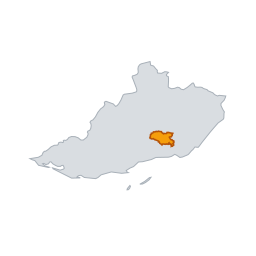 Yoro, Yoro, Honduras shown in context, rotated 168°
{"feature_id": "27666195B27527118551469", "entity_name": "Yoro", "entity_type": "district", "adm_level": 2, "iso_a3": "HND", "parent_name": "Honduras", "parent_adm1": "Yoro", "projection": "orthographic", "projection_center": [-87.286, 15.28], "detail": "fine", "context": "in_parent", "style": "filled", "palette": "amber", "viewbox_px": 256, "rotation_deg": 168, "n_neighbors": 0, "source": "geoboundaries", "source_scale": "gbopen_adm2", "svg_char_len": 5536}
<svg xmlns="http://www.w3.org/2000/svg" viewBox="0 0 256 256"><g transform="rotate(168 128 128)"><path d="M230.3,118.4L221.8,118.0L217.9,119.2L216.2,121.6L214.7,122.6L213.4,122.4L210.9,123.4L207.1,125.6L203.6,126.4L200.5,125.9L199.6,126.5L199.4,127.2L199.0,127.9L197.8,128.2L196.4,128.1L194.8,127.3L194.0,127.7L194.0,129.0L193.1,129.4L191.5,128.8L189.8,129.3L187.8,131.0L185.0,131.4L181.5,130.5L178.7,128.7L176.7,126.1L174.3,125.5L170.2,127.5L168.5,129.8L168.2,131.2L168.6,132.4L167.9,133.3L165.9,133.7L164.5,135.3L163.5,138.0L163.4,140.1L164.0,141.5L163.0,142.6L160.5,143.3L157.6,145.6L154.2,149.6L150.8,152.4L147.4,154.0L145.8,155.7L145.9,157.6L145.7,158.2L145.1,158.4L144.0,158.7L137.4,154.6L135.6,151.7L133.9,152.2L131.9,153.7L129.0,156.9L125.9,161.3L124.5,161.8L116.7,161.2L112.6,161.6L111.8,162.2L111.4,163.8L111.6,166.0L112.8,173.8L113.4,177.0L112.8,178.0L110.7,178.1L108.0,178.6L106.5,180.0L106.2,181.6L106.0,183.7L105.2,185.8L103.5,187.4L101.9,188.0L92.6,188.4L92.8,184.8L90.1,183.3L88.6,180.3L87.3,178.3L87.7,177.1L87.6,175.6L83.8,174.5L80.3,175.4L78.3,174.8L76.8,174.0L79.3,172.3L79.5,171.2L78.7,170.4L77.9,169.9L78.1,167.9L78.6,165.5L80.1,159.9L79.6,159.0L77.2,157.3L74.2,157.1L71.0,157.6L69.4,156.8L68.0,154.9L65.7,153.9L61.5,155.4L57.1,157.7L55.8,158.5L54.7,158.4L54.2,156.7L54.0,154.7L53.7,154.2L51.4,153.4L48.6,152.9L47.2,152.3L45.9,150.9L42.7,149.1L42.0,147.8L37.6,144.7L36.7,143.2L35.7,142.1L33.7,140.7L32.0,141.0L26.5,139.2L25.7,139.0L26.5,137.5L28.2,135.2L32.0,132.6L32.4,130.5L31.4,126.4L30.4,123.7L31.0,122.5L32.2,117.8L33.1,116.7L38.6,114.3L39.1,114.0L43.5,110.7L48.3,107.0L53.3,102.9L58.9,98.3L61.9,95.6L63.4,94.5L66.5,95.5L69.1,93.3L70.5,92.6L73.9,90.0L75.0,89.4L80.7,88.3L83.4,88.4L85.8,91.0L87.7,92.5L91.3,91.2L94.3,91.0L106.8,93.4L111.7,92.3L120.8,92.0L124.8,92.6L130.6,89.1L134.3,88.4L138.6,86.8L138.0,85.1L137.0,84.3L143.6,85.0L153.5,88.5L164.0,87.8L167.7,85.8L170.2,85.2L181.0,88.7L183.8,91.5L186.0,91.7L187.7,91.1L188.2,90.5L186.1,89.9L185.1,89.1L193.6,90.7L209.7,103.6L210.1,104.7L203.2,100.9L199.6,101.2L198.7,101.9L198.9,104.0L199.3,105.0L200.8,105.1L202.0,104.5L204.8,105.1L206.7,106.5L209.0,108.6L210.4,111.0L211.8,111.0L213.2,109.5L215.9,109.3L217.7,110.9L219.0,110.8L217.2,108.3L213.1,106.0L214.0,105.9L223.2,110.1L225.9,115.5L228.1,116.7L230.3,118.4ZM122.7,72.3L117.4,75.0L115.8,75.0L118.2,72.9L122.1,71.1L125.4,70.2L128.1,70.6L122.7,72.3ZM140.6,69.4L138.1,71.4L137.7,70.5L138.9,68.7L140.4,67.6L141.8,67.7L141.5,68.5L140.6,69.4Z" fill="#d9dde1" stroke="#a8b0b8" stroke-width="1"/><path d="M94.4,104.2L94.2,104.2L93.8,104.2L93.4,104.4L93.3,104.2L93.2,104.2L92.7,104.0L92.5,103.9L92.4,103.8L92.1,104.0L91.8,104.3L91.6,104.3L91.4,104.4L91.3,104.5L91.2,104.5L91.2,104.4L91.1,104.5L91.1,104.4L91.0,104.2L90.9,104.3L90.9,104.2L90.9,104.3L90.8,104.2L90.7,104.1L90.6,103.9L90.4,103.8L90.2,103.9L90.1,103.7L90.1,103.8L89.9,103.7L90.0,103.6L89.9,103.6L89.8,103.4L89.7,103.1L89.3,102.9L89.5,102.7L89.4,102.6L89.2,102.5L89.2,102.4L89.3,102.3L89.3,102.2L89.2,102.0L89.4,101.9L89.3,101.6L89.4,101.3L89.2,101.4L88.8,101.2L88.7,101.0L88.7,100.9L88.4,100.9L88.2,101.0L87.9,101.2L87.8,101.3L87.7,101.4L87.6,101.5L87.3,101.7L87.2,101.8L86.9,101.8L86.9,102.0L86.8,102.3L86.8,102.6L86.9,102.8L87.0,103.1L86.9,103.2L87.0,103.3L86.9,103.4L86.9,103.5L87.0,103.5L86.9,103.6L87.0,103.7L86.5,104.0L86.4,104.1L86.2,104.2L86.2,104.3L86.1,104.5L86.3,104.7L86.3,104.8L86.2,104.9L86.2,105.0L85.9,105.4L85.8,105.6L86.0,105.9L86.1,106.0L86.4,105.9L86.6,106.2L86.8,106.3L87.0,106.5L87.2,107.2L87.3,107.3L87.5,107.3L87.8,107.4L87.8,107.5L88.0,107.5L88.2,107.8L88.3,107.8L88.5,107.8L88.6,108.0L88.8,108.2L89.5,110.4L89.5,110.5L89.4,110.6L87.5,110.4L87.5,110.5L87.4,110.5L87.1,110.9L86.9,111.0L86.7,111.3L86.4,111.4L86.3,111.5L86.3,111.9L86.3,112.1L86.3,112.3L86.2,112.3L86.2,112.5L85.7,112.9L85.5,113.2L85.3,113.3L85.2,113.5L85.7,113.7L86.3,113.7L86.8,114.1L87.0,114.0L87.5,114.2L88.0,114.7L88.7,114.7L89.0,115.2L89.3,115.1L89.5,115.2L89.9,115.3L90.6,115.6L90.8,115.6L90.9,115.4L90.9,115.1L91.0,114.9L91.3,114.7L91.5,114.6L93.1,114.9L93.9,115.3L94.0,115.3L94.2,115.2L94.3,115.2L94.4,115.3L94.5,115.3L94.8,115.5L94.8,115.4L94.9,115.5L94.9,115.4L95.0,115.4L96.0,116.7L96.0,117.5L97.5,117.9L97.6,118.0L97.8,118.1L98.1,118.2L98.3,118.3L98.6,118.5L98.8,118.6L99.2,118.5L99.3,118.4L99.6,118.5L99.8,118.4L100.1,118.4L100.4,118.4L100.7,118.7L100.9,118.8L101.0,118.8L101.3,118.9L101.7,118.7L102.0,118.6L102.3,118.7L102.6,118.6L102.8,118.6L103.6,118.9L104.0,118.9L104.4,118.3L104.6,118.1L104.8,118.0L104.9,117.9L105.1,117.9L105.3,117.9L105.6,118.0L105.9,118.0L106.0,118.0L106.3,118.0L106.3,117.8L106.3,117.7L106.4,117.2L106.6,117.2L106.8,117.1L106.9,116.9L107.1,116.7L107.3,116.8L107.5,116.7L107.5,116.3L107.6,116.2L107.7,115.9L107.7,115.7L107.7,115.4L107.8,115.2L108.0,115.0L108.1,114.9L108.2,114.7L108.3,114.6L108.1,114.5L108.1,114.3L108.3,114.1L108.4,113.9L108.4,113.7L108.5,113.6L108.4,113.4L108.5,113.3L108.4,113.1L108.1,113.2L108.0,113.3L106.9,112.2L105.5,112.4L105.4,112.2L105.2,111.9L104.9,111.6L104.7,111.5L104.5,111.4L104.3,111.3L104.1,111.2L104.2,110.9L103.9,110.7L103.7,110.7L102.2,109.8L101.5,109.2L101.4,109.2L101.1,109.1L101.0,108.9L101.0,108.7L100.9,108.7L100.7,108.6L100.6,108.4L100.5,108.2L100.8,108.0L100.9,107.9L100.7,107.8L100.5,107.7L100.3,107.6L100.1,106.6L100.1,106.4L99.1,105.5L98.3,104.3L98.2,104.4L98.1,104.8L97.9,105.0L97.6,105.1L97.4,104.9L97.1,105.0L96.7,105.0L95.6,104.5L95.4,104.5L95.2,104.6L94.9,104.5L94.7,104.5L94.6,104.4L94.5,104.2L94.4,104.2Z" fill="#f59e0b" stroke="#b45309" stroke-width="1.5"/></g></svg>